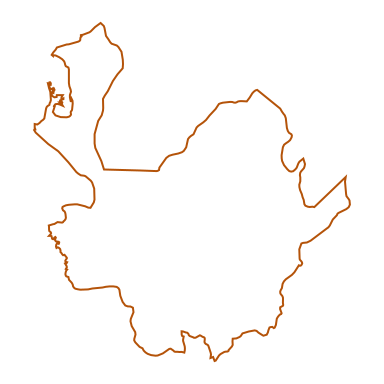 an SVG outline of Antioquia
{"feature_id": "COL-1314", "entity_name": "Antioquia", "entity_type": "Department", "adm_level": 1, "iso_a3": "COL", "parent_name": "Colombia", "parent_adm1": "", "projection": "orthographic", "projection_center": [-75.909, 7.152], "detail": "fine", "context": "isolated", "style": "outline", "palette": "amber", "viewbox_px": 384, "rotation_deg": 0, "n_neighbors": 0, "source": "natural_earth", "source_scale": "10m", "svg_char_len": 5803}
<svg xmlns="http://www.w3.org/2000/svg" viewBox="0 0 384 384"><path d="M47.9,83.3L48.8,83.5L49.4,82.3L50.2,82.3L50.8,83.3L50.7,84.9L50.1,84.9L49.4,84.3L49.4,86.7L50.1,88.5L51.3,89.1L52.8,88.3L52.8,90.3L54.1,88.9L54.5,89.9L53.6,91.5L53.4,93.0L51.4,92.3L52.0,95.8L54.4,97.3L56.6,97.0L56.8,95.1L62.8,95.1L61.7,96.9L61.4,98.0L61.4,99.1L62.1,99.1L63.4,98.4L63.4,99.1L60.1,100.4L60.0,101.1L61.5,101.5L62.3,102.4L62.1,103.1L61.1,102.4L59.4,102.4L60.2,103.3L62.1,104.6L62.8,105.8L60.3,104.7L57.7,103.9L55.4,104.2L54.1,105.8L54.0,106.2L54.7,106.4L52.9,112.0L55.5,115.4L60.7,117.1L66.7,117.3L69.0,116.7L70.0,116.0L70.7,115.2L71.0,114.4L70.7,112.3L70.9,111.5L71.8,110.5L72.1,109.5L72.7,103.5L72.5,100.7L71.4,98.4L71.0,99.7L71.4,101.1L70.7,101.1L70.3,99.5L69.9,97.3L69.9,95.0L71.0,91.7L70.6,89.6L69.4,86.3L68.9,83.1L68.9,69.4L68.4,67.5L65.8,66.2L65.2,64.8L64.8,63.1L64.2,61.4L62.3,59.3L59.2,57.2L55.7,55.5L52.9,55.2L52.9,55.9L51.7,54.9L53.3,52.4L55.7,49.6L56.9,47.5L66.6,44.5L68.9,44.3L78.4,41.6L79.6,40.9L80.2,40.1L80.4,37.9L80.8,37.0L81.6,36.4L81.6,35.8L80.9,35.8L80.9,35.1L82.8,34.8L89.4,32.3L90.7,31.4L95.0,27.1L100.6,23.0L103.8,26.0L104.5,28.0L106.0,35.9L108.4,39.3L110.2,42.2L111.6,43.7L116.8,45.5L118.4,47.0L121.5,51.8L122.8,59.8L123.0,64.1L122.7,68.3L117.5,74.3L112.9,81.0L107.8,91.2L104.8,95.6L103.0,98.9L103.2,108.0L103.0,110.6L101.7,115.3L98.2,120.9L94.6,134.1L94.6,143.5L95.3,147.9L101.4,161.2L104.0,169.5L140.7,170.5L156.7,171.1L157.8,170.8L159.0,170.1L159.4,167.6L166.3,157.9L169.1,155.8L172.6,154.7L178.3,153.5L182.0,152.2L183.8,150.9L186.2,147.3L188.0,139.1L189.3,137.4L191.0,135.9L193.5,134.3L196.6,127.5L198.2,125.9L203.2,122.4L206.0,120.0L209.6,115.4L215.6,109.0L218.9,104.0L220.3,103.4L222.8,102.7L230.1,101.9L232.3,102.0L234.0,102.6L235.3,102.7L236.6,102.3L238.0,101.5L239.5,101.2L241.4,101.1L246.8,101.4L249.8,97.4L252.3,93.3L253.9,91.6L255.5,90.4L257.2,89.9L280.2,108.6L282.0,111.7L283.8,114.2L284.8,115.4L285.8,118.2L286.9,128.0L287.8,130.9L289.0,132.8L291.4,134.3L291.9,135.5L291.6,137.3L290.1,140.1L288.3,141.7L286.2,143.1L284.1,144.7L282.9,147.2L281.6,155.2L281.7,158.3L282.1,160.9L284.0,165.1L287.3,169.2L289.3,171.1L291.2,171.6L293.2,171.2L295.4,169.3L296.7,167.7L298.3,163.5L299.4,161.7L303.3,158.6L305.0,164.1L304.5,166.6L303.9,168.2L300.9,171.6L300.2,172.9L299.9,175.1L300.3,177.4L300.3,181.3L299.3,184.7L299.4,187.1L300.1,190.1L301.8,194.1L302.6,197.2L303.7,199.9L304.4,204.2L305.4,205.7L307.8,206.7L309.7,207.0L312.5,206.7L314.3,207.1L345.7,177.0L345.0,181.6L346.1,194.1L346.5,196.2L348.7,199.1L349.5,200.5L349.9,204.6L348.7,207.2L346.3,209.1L338.4,213.0L337.5,213.7L336.9,215.2L332.8,219.5L329.8,225.5L328.5,227.2L310.6,240.7L306.9,242.5L303.0,242.9L301.4,243.5L299.3,249.3L299.6,258.3L299.8,259.6L301.4,261.4L302.0,262.4L302.2,263.4L301.7,264.6L300.9,265.5L299.9,265.8L298.9,265.3L294.4,272.3L291.9,274.9L285.8,279.3L283.9,281.4L282.6,283.9L281.9,288.1L280.6,290.4L280.2,291.7L280.3,293.2L280.8,294.2L282.2,295.8L282.9,297.4L283.0,298.8L282.9,302.9L283.2,305.0L282.9,305.8L280.2,307.3L280.1,309.1L281.6,313.2L281.2,314.0L280.0,314.5L278.7,315.8L277.6,317.3L276.8,318.7L275.9,324.9L274.7,327.6L273.8,328.1L272.3,326.9L270.6,327.1L269.5,327.5L268.4,330.3L267.9,332.4L266.7,334.7L263.4,335.7L262.5,335.2L258.4,332.6L256.6,330.9L254.7,330.4L248.8,331.5L242.5,333.4L240.7,336.1L239.5,337.0L236.4,338.4L232.7,338.7L232.5,341.3L232.7,344.9L231.9,346.5L228.6,350.1L228.5,350.9L227.7,351.5L225.2,351.7L224.0,352.1L220.5,354.1L219.0,355.5L215.7,360.6L214.6,361.0L213.1,357.0L210.5,358.0L211.0,354.5L210.7,352.8L208.4,345.9L207.7,344.9L205.7,343.9L204.7,342.7L204.5,341.8L204.8,338.9L204.6,337.9L204.0,337.3L202.5,336.8L201.0,335.8L199.9,335.3L195.6,337.7L194.0,337.8L193.4,337.4L189.7,336.0L188.8,335.1L188.3,333.7L187.2,332.7L185.9,332.5L182.8,331.4L181.6,331.3L181.7,334.7L182.2,336.0L183.7,336.5L183.1,339.5L183.1,340.9L184.7,346.3L184.9,348.3L184.8,350.3L184.3,352.6L181.7,351.9L179.5,352.0L177.4,351.8L175.3,351.8L174.4,351.6L173.3,350.5L170.7,348.7L169.3,348.9L162.9,353.4L157.7,355.5L155.6,355.7L151.1,355.1L147.6,353.8L145.5,352.4L143.7,350.6L142.5,348.3L139.6,346.9L135.8,342.9L135.2,342.2L134.2,340.4L134.3,338.8L135.5,334.6L135.2,332.1L131.7,326.1L130.5,321.3L130.8,318.9L133.5,312.2L132.9,307.7L130.4,306.5L127.8,306.4L125.3,305.5L122.6,301.9L120.3,295.8L119.4,289.8L118.5,288.2L116.7,286.9L113.3,286.4L109.6,286.4L105.8,286.8L102.6,287.5L92.4,288.5L88.1,289.4L80.3,289.7L77.9,289.3L75.3,288.7L74.0,287.7L73.1,286.4L72.7,284.5L71.7,282.7L69.0,279.8L68.4,277.0L66.4,276.4L65.8,275.7L65.4,274.1L65.7,272.2L66.3,270.5L67.1,269.6L65.8,269.0L66.8,267.4L66.7,266.3L65.1,263.6L66.5,263.3L67.1,262.2L65.5,261.8L65.3,260.8L65.9,259.6L66.8,258.5L66.8,257.7L64.5,254.8L63.1,255.2L62.3,254.4L61.5,253.1L60.5,252.1L60.5,250.4L60.1,249.0L59.1,248.0L57.8,247.3L56.5,248.0L56.0,246.7L56.2,244.8L57.1,243.2L57.7,243.3L58.4,243.8L58.9,243.7L59.2,242.3L58.7,241.8L56.5,241.5L55.8,241.3L55.1,240.2L55.2,239.3L55.8,237.6L55.3,237.0L54.4,237.6L53.6,238.7L53.8,239.2L52.7,239.1L52.1,238.7L51.5,236.1L50.8,235.9L49.0,235.9L50.9,233.8L51.1,233.2L50.8,232.3L49.4,231.2L49.1,230.1L49.0,226.5L48.8,225.5L53.1,224.2L54.4,224.0L57.5,222.1L62.1,222.6L63.0,222.2L63.4,221.5L64.6,220.4L65.5,219.2L65.9,217.8L65.5,214.1L65.1,212.5L64.5,211.4L63.0,210.3L62.2,208.3L62.6,206.9L64.1,206.1L66.0,205.3L68.8,204.8L75.1,204.3L77.1,204.3L85.2,206.3L88.2,207.6L90.5,207.8L93.8,202.4L94.5,199.6L94.2,188.6L92.1,182.5L90.8,180.7L85.5,176.2L84.1,175.7L80.8,175.3L78.2,173.6L76.3,172.0L68.4,162.3L58.3,151.3L48.2,144.0L35.7,132.6L34.1,130.0L34.7,129.3L35.3,129.3L35.0,128.2L34.8,127.9L34.7,128.0L34.7,124.0L37.3,124.5L39.5,123.0L41.4,121.0L43.0,119.9L44.3,118.5L46.1,108.5L46.7,107.0L47.5,106.1L49.4,104.9L49.7,103.1L50.3,102.1L50.9,100.0L50.3,91.8L49.1,88.3L47.9,83.3Z" fill="none" stroke="#b45309" stroke-width="2"/></svg>